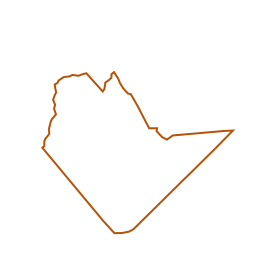 the district of Japi, Rio Grande do Norte, Brazil, rotated 320°
{"feature_id": "56859067B28564243128765", "entity_name": "Japi", "entity_type": "district", "adm_level": 2, "iso_a3": "BRA", "parent_name": "Brazil", "parent_adm1": "Rio Grande do Norte", "projection": "equal_earth", "projection_center": [-35.887, -6.423], "detail": "fine", "context": "isolated", "style": "outline", "palette": "amber", "viewbox_px": 256, "rotation_deg": 320, "n_neighbors": 0, "source": "geoboundaries", "source_scale": "gbopen_adm2", "svg_char_len": 793}
<svg xmlns="http://www.w3.org/2000/svg" viewBox="0 0 256 256"><g transform="rotate(320 128 128)"><path d="M131.3,59.3L126.6,57.1L123.7,56.2L119.6,51.7L116.2,50.8L111.6,47.7L105.4,47.0L102.7,48.2L99.9,47.5L97.8,50.8L95.9,54.5L92.4,56.1L88.8,58.2L87.1,63.4L83.8,65.6L81.6,71.2L75.7,72.3L73.2,73.3L67.1,77.7L63.8,82.0L57.7,83.1L55.2,84.5L52.3,88.1L49.7,88.1L49.5,132.6L49.3,183.6L50.0,199.8L55.9,204.6L62.5,208.2L67.4,209.0L130.8,203.9L139.2,203.2L145.2,202.8L175.7,200.3L178.8,200.1L206.7,197.4L199.4,191.8L157.5,162.5L150.4,161.9L148.3,156.9L147.9,148.8L150.1,146.9L144.0,141.8L149.6,116.8L151.9,103.9L150.1,101.5L149.8,95.0L150.7,88.4L152.2,84.0L153.2,76.2L149.9,76.2L147.5,78.9L143.1,79.0L139.9,78.6L135.1,82.9L132.1,83.8L131.3,59.3Z" fill="none" stroke="#b45309" stroke-width="2"/></g></svg>